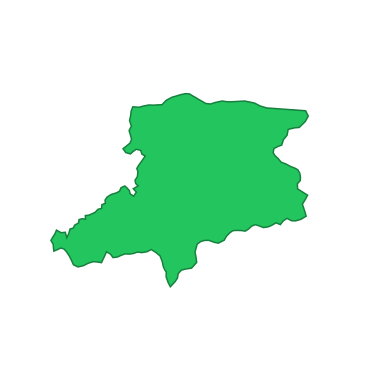 the district of Senador Canedo, Goiás, Brazil, rotated 42°
{"feature_id": "56859067B2348213586341", "entity_name": "Senador Canedo", "entity_type": "district", "adm_level": 2, "iso_a3": "BRA", "parent_name": "Brazil", "parent_adm1": "Goiás", "projection": "orthographic", "projection_center": [-49.113, -16.713], "detail": "fine", "context": "isolated", "style": "filled", "palette": "green", "viewbox_px": 384, "rotation_deg": 42, "n_neighbors": 0, "source": "geoboundaries", "source_scale": "gbopen_adm2", "svg_char_len": 2466}
<svg xmlns="http://www.w3.org/2000/svg" viewBox="0 0 384 384"><g transform="rotate(42 192 192)"><path d="M135.1,320.0L139.1,320.5L143.7,321.7L147.8,323.3L152.6,325.4L157.4,324.0L160.5,319.6L162.6,314.3L165.2,309.9L168.4,307.4L172.0,305.1L170.3,299.3L168.5,293.6L173.0,292.7L177.2,293.6L180.1,290.2L181.9,286.1L183.7,282.8L187.2,279.9L189.6,276.9L191.7,273.1L195.3,270.6L198.6,266.4L200.2,262.0L205.7,261.1L211.1,260.9L216.4,263.6L220.1,266.3L223.3,267.9L226.4,268.7L229.6,272.4L235.0,275.3L239.3,276.9L239.4,269.7L238.8,265.7L236.4,262.0L236.4,257.1L239.0,253.3L242.6,248.9L242.6,241.2L238.3,237.5L234.5,234.7L232.7,231.2L230.7,227.1L231.7,222.8L233.9,219.4L236.8,216.7L242.4,214.4L245.8,212.4L248.2,206.2L247.2,201.8L247.4,197.0L248.2,193.5L250.6,190.9L254.5,187.6L257.7,185.5L258.8,181.9L259.2,177.4L261.0,173.8L264.8,172.2L268.9,170.6L271.7,167.3L273.4,163.8L275.1,158.7L279.5,157.1L279.1,152.4L280.3,148.0L285.1,146.8L288.2,144.3L291.2,139.5L293.0,133.6L289.6,131.4L282.2,127.2L281.1,121.2L280.0,117.0L275.5,117.8L268.4,119.0L264.8,115.4L264.8,111.1L262.7,108.4L259.5,105.9L255.7,104.7L252.6,105.4L248.1,107.1L242.8,108.4L238.3,110.2L233.6,109.5L229.1,109.4L225.9,108.4L223.8,104.8L225.5,100.5L227.3,97.1L224.9,91.9L224.7,86.3L221.6,81.1L225.3,75.7L228.5,72.3L229.0,63.7L227.6,57.8L222.1,55.6L191.2,79.6L184.8,82.6L179.1,84.0L170.3,89.1L160.1,99.4L157.5,101.6L153.6,104.1L149.3,110.0L146.9,114.2L143.0,117.0L139.2,117.8L135.1,118.7L131.4,119.4L127.8,120.2L124.5,120.8L121.3,123.3L118.4,127.3L116.5,130.5L113.7,135.0L111.5,141.1L111.3,147.2L108.6,149.8L105.4,153.1L101.7,156.2L98.4,160.6L95.9,164.5L91.0,168.3L92.7,172.7L95.5,176.6L97.7,180.6L102.9,183.7L104.2,188.5L108.9,191.3L112.0,193.5L113.2,197.3L112.4,202.3L111.8,206.0L116.4,207.0L120.8,204.9L121.1,201.6L121.9,197.6L126.0,195.4L129.5,197.4L133.1,196.6L133.9,202.2L134.4,207.0L135.2,211.4L138.3,213.2L141.1,217.1L141.8,221.4L144.5,223.4L147.8,223.4L146.2,228.9L150.7,229.3L151.4,234.2L147.3,234.7L144.5,232.9L141.4,232.5L138.0,232.5L136.4,236.3L137.6,239.9L136.2,243.6L133.6,247.8L132.3,252.6L132.8,256.2L135.2,258.4L133.5,261.7L135.8,264.7L133.7,267.7L133.6,272.0L130.8,278.3L128.5,280.9L131.1,283.5L128.3,285.3L126.5,288.1L128.4,290.9L127.0,295.1L127.9,298.3L126.1,301.1L128.2,305.3L129.6,309.8L124.8,306.7L122.0,309.8L116.8,311.0L118.1,314.7L118.8,319.1L119.6,322.4L123.9,323.8L126.3,326.1L128.9,328.4L130.5,325.0L132.0,321.4L135.1,320.0Z" fill="#22c55e" stroke="#15803d" stroke-width="1.5"/></g></svg>